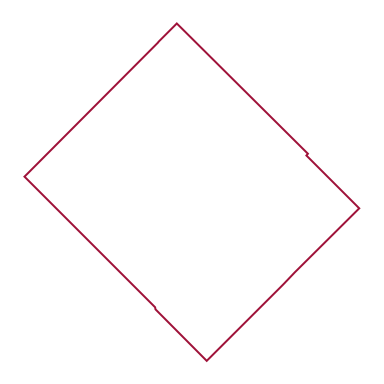 Bent, Colorado, United States of America (Mercator projection), rotated 315°
{"feature_id": "52423323B38382285790282", "entity_name": "Bent", "entity_type": "district", "adm_level": 2, "iso_a3": "USA", "parent_name": "United States of America", "parent_adm1": "Colorado", "projection": "mercator", "projection_center": [-103.006, 37.955], "detail": "fine", "context": "isolated", "style": "outline", "palette": "rose", "viewbox_px": 384, "rotation_deg": 315, "n_neighbors": 0, "source": "geoboundaries", "source_scale": "gbopen_adm2", "svg_char_len": 313}
<svg xmlns="http://www.w3.org/2000/svg" viewBox="0 0 384 384"><g transform="rotate(315 192 192)"><path d="M300.4,62.1L274.4,62.1L274.0,62.3L84.4,62.7L84.4,247.4L83.2,249.2L83.0,321.8L190.8,321.9L207.9,321.5L298.7,321.8L298.7,247.1L301.0,246.9L300.4,62.1Z" fill="none" stroke="#9f1239" stroke-width="2"/></g></svg>